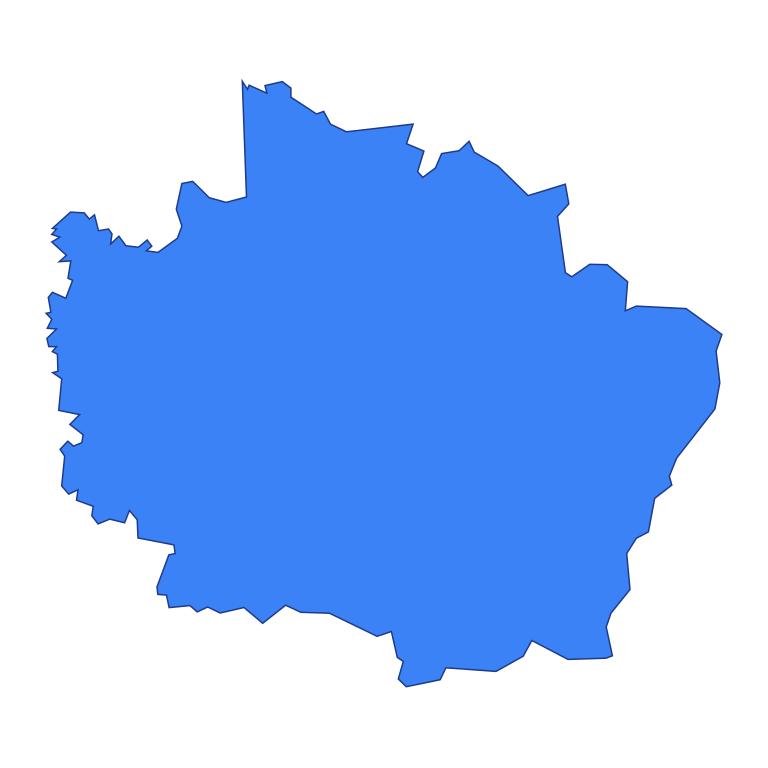 the district of El Carmen De Chucuri, Santander, Colombia
{"feature_id": "7082276B87147370357978", "entity_name": "El Carmen De Chucuri", "entity_type": "district", "adm_level": 2, "iso_a3": "COL", "parent_name": "Colombia", "parent_adm1": "Santander", "projection": "mercator", "projection_center": [-73.616, 6.671], "detail": "medium", "context": "isolated", "style": "filled", "palette": "blue", "viewbox_px": 768, "rotation_deg": 0, "n_neighbors": 0, "source": "geoboundaries", "source_scale": "gbopen_adm2", "svg_char_len": 1877}
<svg xmlns="http://www.w3.org/2000/svg" viewBox="0 0 768 768"><path d="M721.9,334.5L686.1,308.6L636.3,306.1L625.3,310.8L627.6,281.7L607.2,264.7L589.8,264.3L571.7,276.8L565.4,272.6L557.5,216.4L568.8,203.9L565.3,184.2L528.1,195.6L498.0,166.1L474.2,152.1L469.1,141.3L459.1,150.7L441.6,153.6L435.5,167.9L422.8,177.4L417.6,171.7L423.9,151.1L406.5,143.7L413.1,124.1L346.4,131.8L330.5,124.2L323.7,111.4L316.5,114.0L290.9,97.2L290.9,88.1L282.3,81.6L265.0,85.6L266.9,93.2L249.1,85.2L247.5,89.3L242.3,81.3L246.5,197.0L226.0,202.4L209.2,197.7L192.7,181.4L181.9,183.5L176.3,209.2L181.9,226.1L177.4,238.3L158.0,252.4L146.3,250.8L151.8,246.2L147.2,240.0L138.5,247.2L126.0,245.8L118.9,236.2L110.6,244.1L112.0,233.9L108.5,229.0L98.5,230.7L94.5,214.8L89.3,219.1L84.3,212.9L70.5,212.1L52.4,228.4L56.6,229.0L51.7,234.4L59.8,237.1L51.8,242.0L66.4,255.3L59.3,261.7L70.8,260.9L68.0,278.3L72.6,280.3L65.8,298.3L52.5,292.3L48.3,297.4L50.9,312.3L46.1,313.3L51.8,319.3L47.3,328.3L56.5,329.0L46.9,338.5L48.8,346.6L56.5,346.7L52.3,351.6L57.4,354.1L57.9,371.3L52.6,372.6L61.7,378.8L58.7,410.4L79.6,414.6L69.9,424.4L83.1,434.8L81.8,442.7L73.5,446.1L67.8,441.2L60.1,449.3L64.7,456.1L61.7,486.0L68.7,494.1L78.0,489.7L76.5,500.2L93.2,506.3L91.8,515.8L98.1,523.9L109.8,519.1L124.6,522.8L129.4,510.5L137.2,519.7L138.0,538.0L174.0,544.9L175.1,553.6L168.9,554.8L157.0,586.9L157.8,594.4L166.5,595.1L169.1,607.6L190.0,605.6L197.2,611.9L207.7,607.0L220.2,613.0L244.0,607.5L262.7,623.3L285.6,605.2L300.9,612.3L329.4,613.2L377.1,636.3L391.4,631.5L397.3,657.4L403.3,661.4L398.3,679.0L406.3,686.7L440.2,679.7L445.9,667.8L496.0,671.4L523.2,656.2L531.8,640.5L568.0,659.4L605.9,658.2L612.4,655.8L606.2,627.0L611.0,613.1L630.0,589.5L626.7,553.5L636.4,538.2L648.4,531.9L654.7,498.3L671.8,485.1L669.3,476.2L676.7,458.0L714.9,409.0L719.8,382.9L716.1,351.0L721.9,334.5Z" fill="#3b82f6" stroke="#1e3a8a" stroke-width="1.5"/></svg>